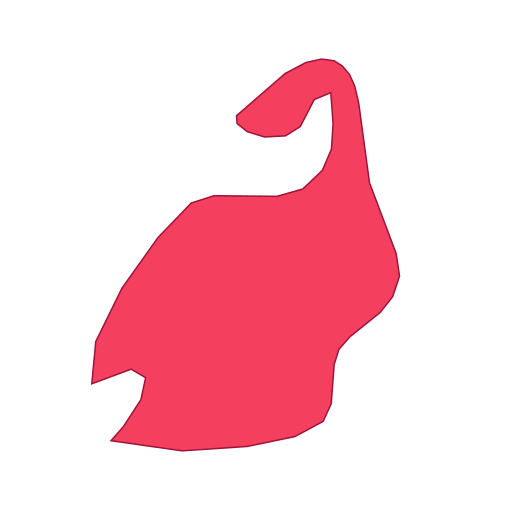 map outline of National Capital District (Mercator projection), rotated 99°
{"feature_id": "PNG-1254", "entity_name": "National Capital District", "entity_type": "Province", "adm_level": 1, "iso_a3": "PNG", "parent_name": "Papua New Guinea", "parent_adm1": "", "projection": "mercator", "projection_center": [147.167, -9.459], "detail": "fine", "context": "isolated", "style": "filled", "palette": "rose", "viewbox_px": 512, "rotation_deg": 99, "n_neighbors": 0, "source": "natural_earth", "source_scale": "10m", "svg_char_len": 724}
<svg xmlns="http://www.w3.org/2000/svg" viewBox="0 0 512 512"><g transform="rotate(99 256 256)"><path d="M461.1,370.3L445.1,360.2L415.9,347.2L393.5,346.0L387.3,361.6L407.9,398.2L365.6,400.9L308.6,383.3L253.0,355.6L213.7,328.2L203.0,306.8L193.8,244.7L182.5,220.3L161.1,203.9L138.6,198.2L113.2,200.6L83.0,207.7L92.3,222.9L121.2,232.5L132.7,245.6L137.1,266.2L134.6,284.0L128.2,295.4L120.5,297.2L71.2,255.8L57.1,237.0L51.2,222.0L50.9,209.4L54.8,200.5L62.2,191.9L72.7,185.1L89.1,178.4L165.8,155.4L231.7,117.9L253.4,111.1L274.7,114.6L292.3,124.5L321.1,150.6L335.2,159.5L351.0,161.8L390.1,158.6L408.8,163.8L428.3,189.4L445.5,234.9L460.0,298.6L461.1,367.0L461.1,370.3Z" fill="#f43f5e" stroke="#9f1239" stroke-width="1.5"/></g></svg>